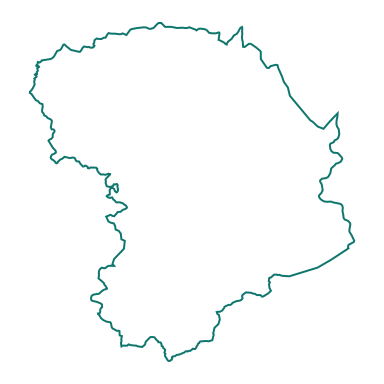 Bounkani, Zanzan, Ivory Coast (Mercator projection)
{"feature_id": "98640826B90856530326373", "entity_name": "Bounkani", "entity_type": "district", "adm_level": 2, "iso_a3": "CIV", "parent_name": "Ivory Coast", "parent_adm1": "Zanzan", "projection": "mercator", "projection_center": [-3.483, 9.078], "detail": "fine", "context": "isolated", "style": "outline", "palette": "teal", "viewbox_px": 384, "rotation_deg": 0, "n_neighbors": 0, "source": "geoboundaries", "source_scale": "gbopen_adm2", "svg_char_len": 5853}
<svg xmlns="http://www.w3.org/2000/svg" viewBox="0 0 384 384"><path d="M348.5,248.3L348.0,247.3L348.4,245.0L353.6,242.1L354.1,241.5L354.2,240.7L351.7,235.4L349.4,231.7L349.4,229.7L350.3,224.7L350.1,223.2L348.3,221.0L344.7,219.5L343.6,218.0L343.3,214.9L342.5,211.4L342.8,207.4L342.2,205.5L341.5,204.6L340.1,203.8L333.6,202.5L331.0,201.6L326.7,201.8L323.7,201.3L320.8,199.4L319.3,197.5L319.0,196.3L319.2,195.2L321.4,193.0L322.7,190.2L321.7,184.3L320.1,181.6L320.3,180.1L322.1,178.7L326.0,178.1L328.1,177.0L330.3,173.3L331.1,169.0L331.6,168.0L334.6,165.4L335.8,163.8L338.7,162.8L340.7,161.7L342.2,159.2L342.2,158.5L341.7,157.4L338.3,153.5L337.3,153.0L333.4,152.7L331.4,151.0L330.4,149.2L329.9,145.7L329.9,144.6L330.5,143.6L333.8,142.1L334.6,140.4L336.7,139.4L338.1,138.1L339.3,134.4L338.7,129.3L336.9,126.2L336.4,124.0L336.6,120.3L337.4,116.8L337.6,113.4L329.5,121.8L323.5,128.8L317.8,126.6L312.6,121.7L310.4,120.4L289.9,95.8L287.9,87.5L283.9,82.0L282.1,76.7L278.2,67.9L277.5,65.1L275.8,64.8L270.6,66.1L268.8,68.0L266.9,67.8L260.8,59.0L260.8,51.9L260.3,51.0L256.4,47.7L251.3,44.1L250.1,43.8L249.0,43.8L244.6,47.0L243.1,46.8L242.8,42.2L241.9,37.9L242.3,33.5L242.1,31.5L242.3,28.0L242.0,27.0L240.3,28.0L237.9,32.4L236.7,33.9L233.9,35.4L231.5,39.0L228.2,41.5L226.9,43.4L226.7,44.5L225.4,43.9L224.3,42.7L221.0,40.9L218.6,39.9L219.5,33.1L218.9,32.4L215.9,33.3L211.8,33.3L209.1,32.8L206.4,29.8L204.2,29.1L200.3,28.6L198.7,28.8L196.4,30.4L195.7,29.7L189.1,27.2L187.8,27.9L185.7,28.1L182.3,27.7L177.0,28.0L171.4,26.9L165.1,26.9L161.3,23.0L158.7,23.0L157.7,23.6L153.5,28.0L150.7,28.8L149.2,28.8L146.3,27.5L143.8,27.3L136.1,28.2L131.3,29.2L130.3,29.7L126.4,35.0L122.7,33.4L120.3,34.3L115.2,33.7L111.5,33.7L108.5,33.1L107.2,34.7L105.6,37.6L103.7,37.8L101.4,39.0L98.3,38.9L96.8,38.5L94.9,39.8L94.3,41.0L94.3,42.6L93.4,43.8L93.6,44.9L94.5,45.6L93.8,46.9L93.1,47.1L92.8,47.6L90.4,47.7L89.1,46.9L88.0,47.2L84.0,46.5L82.8,47.6L81.0,50.6L80.0,51.8L79.4,51.9L70.9,49.9L65.9,45.9L64.6,44.5L63.4,44.7L60.9,49.3L59.9,50.1L57.1,51.0L53.9,56.7L51.8,58.5L50.1,59.1L41.8,60.4L41.8,60.8L39.7,62.5L37.9,62.0L37.4,64.3L36.5,65.1L36.3,65.8L37.0,66.2L38.5,66.1L39.1,67.0L37.2,68.3L37.8,70.2L37.7,71.0L36.7,72.2L37.1,74.1L36.5,74.5L35.4,74.1L34.9,74.7L36.1,75.6L36.6,76.7L34.3,78.6L34.8,79.7L34.2,81.5L34.6,84.7L32.8,88.2L31.5,90.2L30.0,91.7L29.8,92.9L31.4,93.9L35.8,100.2L37.9,101.0L39.7,103.2L42.5,104.2L42.7,106.6L42.0,110.7L42.3,112.0L43.6,113.5L44.2,115.4L46.2,116.3L47.8,118.1L50.7,119.4L51.8,120.6L51.9,121.1L50.8,127.5L51.7,129.3L53.0,129.3L53.9,129.7L54.5,130.5L54.4,131.9L52.8,133.9L52.7,137.2L51.2,138.9L49.2,139.8L48.5,140.7L52.8,147.7L55.5,150.6L55.9,151.9L55.9,152.5L54.2,153.8L52.1,154.6L51.5,155.3L50.7,157.1L50.9,158.3L51.8,159.3L53.3,160.1L55.4,162.1L55.6,162.8L56.4,163.3L57.6,162.8L57.9,161.8L60.5,159.4L62.2,158.8L64.5,156.8L69.9,158.1L72.4,157.5L74.4,157.9L75.1,158.5L75.8,160.5L76.8,161.3L79.0,161.5L80.4,163.8L83.0,166.6L84.2,166.3L85.1,165.6L85.9,165.8L87.7,166.9L87.9,168.1L89.1,168.4L90.6,167.5L96.2,167.7L97.2,168.7L96.9,169.2L97.8,171.3L98.8,172.7L100.8,174.5L103.1,174.4L105.5,174.8L108.6,173.7L110.1,174.1L110.0,174.6L106.4,178.2L105.5,179.7L105.9,181.5L105.6,182.8L106.6,185.8L106.9,186.3L109.4,186.9L111.5,186.7L113.0,185.9L113.8,184.3L114.8,184.5L116.9,184.0L117.7,185.1L117.4,186.5L118.0,189.6L117.9,190.6L117.2,192.1L116.4,192.4L114.9,191.0L114.1,188.9L113.7,188.6L112.3,187.8L111.0,188.1L109.7,190.0L109.8,194.5L107.3,195.4L106.7,196.2L107.8,197.3L110.0,197.9L112.1,197.4L113.4,199.6L114.4,200.2L116.0,202.1L116.6,202.4L119.8,202.3L122.9,203.3L124.0,204.4L126.0,205.6L126.8,207.0L127.0,207.6L126.0,208.6L122.6,210.0L120.6,211.8L117.8,212.0L114.3,216.2L112.7,216.0L110.5,214.8L106.2,216.6L108.4,221.4L110.5,222.6L113.8,223.4L115.1,225.9L115.6,229.5L118.8,230.9L120.8,233.7L121.4,239.3L124.8,240.8L123.9,248.8L114.1,259.0L112.2,264.9L113.6,265.2L114.1,265.9L109.0,265.8L107.5,266.3L105.6,267.9L104.3,268.3L101.9,267.7L100.8,268.3L99.5,269.8L98.8,272.0L99.0,275.2L98.5,278.4L103.7,282.8L104.5,284.8L105.6,286.0L107.0,288.4L106.8,288.8L103.8,289.8L101.4,291.5L99.1,293.7L94.0,294.5L92.7,295.0L91.5,296.1L91.0,298.2L91.4,300.3L92.6,300.9L97.8,302.1L98.5,302.6L101.2,303.7L102.0,304.6L102.1,307.1L100.8,308.3L100.3,309.4L100.1,312.6L99.4,313.3L98.0,313.5L98.2,314.3L99.4,315.2L100.9,318.0L103.2,320.0L106.4,321.6L110.4,322.3L111.0,323.6L111.8,327.4L112.6,328.4L116.8,330.8L119.1,330.8L119.5,331.1L119.6,335.0L119.9,335.5L121.9,336.1L121.3,339.0L121.5,341.3L120.9,343.2L121.5,346.4L122.6,345.6L127.0,345.7L128.6,344.4L131.0,345.2L136.6,345.7L137.7,346.3L142.1,347.0L144.7,344.9L145.2,344.0L145.7,341.8L150.1,337.3L151.9,336.9L154.6,337.4L156.4,339.9L158.1,341.2L158.3,342.2L160.4,342.4L161.0,343.0L161.5,344.4L161.7,346.1L162.8,346.5L163.3,348.1L164.4,348.9L165.2,350.0L164.4,352.7L165.4,353.9L164.9,355.4L165.1,356.1L167.7,360.3L168.3,360.8L169.6,361.0L171.7,359.6L171.7,359.1L172.2,358.5L171.9,357.2L173.2,356.4L174.8,356.2L177.0,354.8L178.9,354.7L184.5,352.4L185.5,351.4L186.4,351.2L187.6,351.5L188.6,350.9L190.2,350.9L193.0,348.7L194.3,349.1L195.2,348.9L195.9,348.1L196.9,345.9L197.5,345.3L198.1,343.6L199.2,343.1L199.6,341.9L200.5,341.4L206.0,341.0L208.7,341.3L212.3,340.2L213.5,335.7L213.7,334.6L213.2,333.6L214.5,327.8L218.4,324.1L219.8,319.5L219.0,315.1L217.4,313.9L216.7,312.0L218.1,311.7L219.8,311.8L222.3,310.5L224.1,308.0L224.4,307.0L225.9,306.0L228.6,304.9L230.3,304.9L231.4,304.3L232.6,302.8L236.5,301.1L239.9,300.6L241.3,299.9L242.5,298.5L242.1,295.7L242.7,294.8L245.9,292.4L251.4,292.8L252.6,293.5L254.8,293.8L257.0,295.1L260.1,295.0L261.0,295.5L261.9,296.6L263.2,296.5L268.5,293.2L270.9,290.8L269.5,287.9L269.0,284.1L269.9,282.4L268.8,281.2L269.2,278.1L269.5,277.8L270.8,277.6L274.0,274.7L276.5,274.6L277.8,275.0L279.2,274.8L282.1,275.8L289.3,276.3L317.6,267.6L331.2,259.7L348.5,248.3Z" fill="none" stroke="#0f766e" stroke-width="2"/></svg>